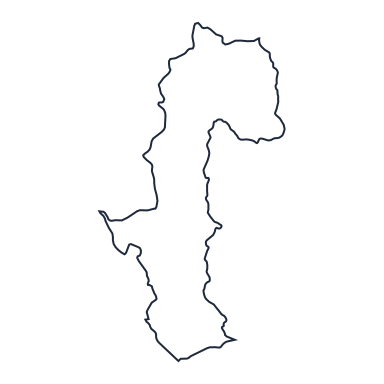 the border of Mae Hong Son
{"feature_id": "THA-374", "entity_name": "Mae Hong Son", "entity_type": "Province", "adm_level": 1, "iso_a3": "THA", "parent_name": "Thailand", "parent_adm1": "", "projection": "albers", "projection_center": [98.108, 18.681], "detail": "fine", "context": "isolated", "style": "outline", "palette": "slate", "viewbox_px": 384, "rotation_deg": 0, "n_neighbors": 0, "source": "natural_earth", "source_scale": "10m", "svg_char_len": 6021}
<svg xmlns="http://www.w3.org/2000/svg" viewBox="0 0 384 384"><path d="M198.2,23.0L200.3,25.1L202.1,27.6L203.9,28.2L207.5,27.6L210.4,29.3L216.1,34.4L220.9,36.0L221.9,36.5L222.6,38.0L222.4,41.1L222.7,42.6L225.3,44.5L228.9,43.7L235.2,40.7L240.9,40.6L247.5,41.2L253.9,41.0L258.8,38.3L259.3,38.3L259.0,40.1L259.5,43.1L259.9,44.5L261.1,46.2L262.3,47.5L262.8,47.9L264.2,49.3L265.4,50.2L268.8,52.2L269.5,52.9L269.7,53.4L269.9,57.1L270.2,58.2L270.9,60.3L271.1,60.7L271.4,61.1L272.5,62.1L272.8,62.5L273.0,62.9L273.2,63.4L273.2,66.4L273.3,67.0L273.6,67.5L274.0,67.8L274.9,68.3L275.7,68.7L276.7,69.9L277.2,70.7L277.6,71.7L277.8,72.2L277.8,73.1L277.6,74.1L277.0,76.5L276.7,78.3L276.6,81.1L276.7,82.4L276.7,83.4L276.5,84.1L275.9,84.9L275.6,85.7L275.6,86.6L275.9,88.1L276.3,88.9L276.6,89.4L277.0,89.8L277.3,90.2L277.4,90.8L277.5,91.7L277.5,93.1L277.7,94.7L278.1,95.8L278.2,97.0L278.1,99.8L278.3,101.2L278.1,102.7L276.5,109.3L275.3,112.4L275.1,112.9L275.1,113.5L275.5,114.4L276.3,115.3L279.2,117.8L280.2,118.9L283.8,125.0L283.9,125.5L284.6,128.9L284.0,131.6L283.1,134.0L282.5,135.1L282.0,135.8L280.0,137.2L279.1,137.7L278.6,137.8L277.4,138.1L275.0,138.2L274.4,138.3L273.0,138.9L271.2,139.9L270.8,140.1L269.1,140.4L268.5,140.4L267.3,140.2L263.2,138.9L261.4,138.5L260.8,138.5L260.3,138.6L259.8,138.8L259.4,139.1L259.1,139.4L257.7,142.5L257.1,143.0L256.6,143.1L256.2,142.8L254.7,141.6L253.3,140.8L251.3,140.2L249.0,139.7L246.5,139.4L242.1,139.7L240.9,139.6L240.4,139.4L239.4,138.9L239.1,138.7L238.3,138.0L238.0,137.6L237.4,136.2L236.8,135.4L235.2,133.6L234.7,132.7L234.1,131.9L233.4,131.2L231.4,129.8L230.7,129.2L230.4,128.7L229.0,125.4L226.8,122.9L226.0,122.3L225.5,122.0L225.1,121.8L223.8,121.7L223.4,121.5L223.0,121.2L222.6,120.9L222.0,120.1L221.6,119.8L221.2,119.6L220.6,119.5L218.7,119.5L218.1,119.6L217.2,120.1L216.2,121.1L215.8,121.4L214.7,121.6L214.2,121.7L213.8,122.4L213.4,125.4L212.9,127.3L212.7,127.8L212.2,128.3L211.6,128.9L209.7,130.2L209.0,130.9L208.7,131.2L208.5,131.7L208.5,132.4L210.4,136.7L210.5,137.3L210.4,137.9L207.3,143.9L207.1,144.6L207.1,145.4L207.3,146.4L208.7,150.0L209.1,151.7L209.2,152.4L209.3,153.4L208.9,156.0L207.6,160.5L203.6,169.6L203.6,170.7L203.8,172.1L205.3,176.7L205.7,177.6L206.1,177.9L206.6,178.1L207.7,177.9L208.2,177.9L208.6,178.2L208.8,178.7L208.9,179.5L208.6,180.8L208.1,182.1L207.8,182.6L207.3,184.1L207.1,185.3L207.1,186.6L207.1,188.5L207.1,189.1L207.1,191.3L207.3,193.7L207.4,195.0L207.2,195.8L207.0,196.2L206.3,197.0L206.1,197.4L205.9,197.9L205.9,198.6L206.1,199.5L206.8,200.7L207.9,202.3L208.2,203.2L208.4,204.4L208.4,209.5L208.2,210.7L207.9,211.7L207.8,212.4L208.1,213.2L210.2,216.5L214.1,221.4L214.5,221.7L215.5,222.2L216.6,222.5L217.6,222.9L218.0,223.1L219.6,224.3L220.5,224.7L221.3,225.3L221.5,225.8L221.5,226.5L221.0,227.4L220.5,228.0L220.1,228.3L219.5,228.5L219.0,228.6L218.4,228.5L217.9,228.3L217.0,227.9L216.5,227.9L216.1,228.1L215.8,228.4L215.5,228.8L215.2,229.9L214.8,231.6L214.4,232.6L213.5,234.4L212.9,235.2L206.9,240.2L206.3,241.0L206.1,241.4L205.9,241.9L205.9,243.2L206.0,243.9L206.2,244.8L206.5,245.5L207.2,246.2L208.3,246.8L208.6,247.3L208.6,247.9L208.3,248.8L207.4,250.4L206.7,252.3L204.7,258.7L204.8,259.3L205.1,260.0L206.4,261.3L206.8,262.1L207.0,263.1L207.3,265.1L207.3,268.5L207.2,269.1L206.6,271.3L206.8,272.3L207.3,273.5L209.0,276.3L209.5,277.2L209.7,278.1L209.8,279.7L209.7,280.6L209.4,281.2L209.0,281.5L207.6,282.1L206.7,282.7L206.4,283.0L205.8,283.8L205.3,284.6L205.1,285.1L204.4,288.6L204.2,289.1L203.7,290.0L203.5,290.5L203.5,291.2L203.6,292.0L204.1,294.6L205.0,297.3L205.6,298.2L206.2,299.1L209.1,301.8L213.5,304.3L213.9,304.6L217.5,309.2L218.2,309.9L221.2,313.9L222.2,314.8L223.0,315.3L223.5,315.5L224.1,315.8L224.6,316.4L225.3,317.2L225.9,318.3L226.3,319.2L226.4,320.5L226.1,321.1L225.8,321.6L225.3,321.8L224.2,322.7L223.9,323.1L223.7,323.7L223.6,324.5L223.8,325.7L223.5,326.2L223.0,326.5L222.5,326.6L222.1,327.0L221.9,327.4L222.0,328.3L222.6,329.4L224.0,331.5L224.9,333.6L225.0,334.9L226.7,336.5L234.8,339.8L227.2,341.5L226.4,341.8L225.5,342.2L224.0,343.3L222.7,344.5L221.2,346.5L220.5,347.2L219.9,347.4L219.2,347.6L215.1,347.2L209.9,347.3L208.6,347.7L206.6,348.4L191.1,356.0L188.9,357.6L188.6,358.0L186.9,358.6L180.7,358.8L178.4,361.0L158.6,342.3L157.2,340.4L156.3,338.3L156.1,336.4L156.1,334.7L155.8,333.2L154.6,331.6L151.2,328.7L150.3,327.0L149.7,324.9L148.3,323.2L146.5,321.7L145.4,319.6L148.6,319.1L146.7,312.0L147.6,309.8L151.7,302.7L155.6,300.0L156.1,299.6L156.5,298.8L156.2,297.0L155.6,295.3L155.1,294.5L154.5,293.7L152.4,288.6L152.0,286.8L151.7,286.2L149.8,285.2L149.2,284.9L148.5,285.0L148.0,284.9L147.8,283.6L148.0,282.9L148.6,281.4L148.7,280.5L148.4,278.9L147.1,276.2L146.8,274.4L146.8,273.1L146.6,272.2L146.1,271.2L138.8,261.0L137.2,257.9L137.6,256.4L139.8,255.5L140.8,253.2L140.9,250.4L140.0,248.2L138.2,247.1L131.0,244.1L129.4,244.5L129.1,244.8L126.4,252.0L125.8,253.2L124.5,254.3L121.6,252.6L118.5,250.2L115.7,247.3L113.7,244.0L112.9,240.3L112.9,236.9L112.4,233.5L108.8,227.8L105.5,220.9L105.0,218.7L103.4,215.9L100.3,213.0L99.4,211.3L103.5,211.8L104.8,212.7L107.7,217.3L108.1,218.6L108.7,219.6L110.2,220.6L111.7,220.8L115.3,220.2L121.9,220.4L127.4,217.7L137.3,211.1L140.1,210.2L147.6,210.4L154.4,208.6L155.1,208.8L155.5,208.5L156.4,206.8L157.5,200.7L156.5,194.6L154.9,188.7L154.2,183.1L154.2,179.7L153.7,177.1L152.0,171.5L151.9,170.3L152.4,166.3L151.8,164.4L150.3,162.8L146.9,160.2L143.7,157.0L143.2,155.3L144.6,153.8L147.6,151.7L149.6,149.5L150.6,147.1L151.6,141.4L153.1,138.6L161.9,131.8L164.0,129.5L164.9,127.3L165.5,115.6L165.2,112.9L164.1,110.0L162.9,108.6L159.1,105.6L158.3,104.2L158.9,102.6L160.2,102.4L161.8,102.5L163.2,101.9L164.3,99.0L163.0,96.4L161.0,93.6L160.1,90.0L159.9,88.5L158.9,85.6L158.8,84.5L163.5,78.0L168.2,73.8L169.4,72.2L170.4,70.1L170.3,69.2L169.7,68.5L169.3,66.6L169.0,63.6L169.1,60.9L170.4,59.0L175.6,58.2L184.4,53.8L185.6,52.8L187.6,50.3L188.9,49.2L190.4,48.7L191.8,48.7L192.9,48.3L193.7,46.4L193.7,43.8L192.6,38.3L192.4,35.6L194.3,25.8L195.2,23.7L198.2,23.0Z" fill="none" stroke="#1e293b" stroke-width="2"/></svg>